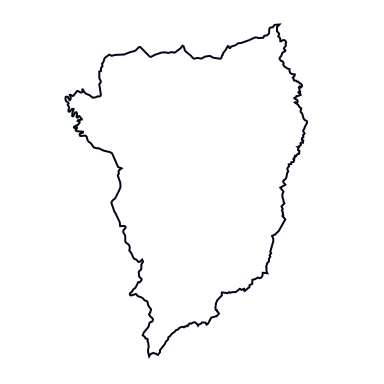 EA Hleo, Đắk Lắk, Vietnam, rotated 86°
{"feature_id": "81297802B9030212335391", "entity_name": "EA Hleo", "entity_type": "district", "adm_level": 2, "iso_a3": "VNM", "parent_name": "Vietnam", "parent_adm1": "Đắk Lắk", "projection": "mercator", "projection_center": [108.186, 13.232], "detail": "fine", "context": "isolated", "style": "outline", "palette": "ink", "viewbox_px": 384, "rotation_deg": 86, "n_neighbors": 0, "source": "geoboundaries", "source_scale": "gbopen_adm2", "svg_char_len": 5861}
<svg xmlns="http://www.w3.org/2000/svg" viewBox="0 0 384 384"><g transform="rotate(86 192 192)"><path d="M257.2,118.1L246.6,114.3L244.4,114.2L241.4,115.2L240.3,112.2L236.9,108.2L225.8,100.8L223.2,102.8L222.5,102.6L222.1,103.4L221.0,102.6L219.9,103.0L219.0,102.7L216.6,103.6L215.3,102.7L212.6,103.7L209.7,100.6L208.3,101.3L205.6,101.5L202.9,102.2L200.1,101.9L198.1,100.7L193.8,103.6L191.3,98.3L189.1,99.9L187.6,100.3L186.6,99.6L185.7,97.9L183.9,96.8L179.6,95.7L178.3,94.6L175.8,95.3L174.4,94.8L173.1,93.4L171.2,93.6L171.0,91.1L169.3,90.9L169.1,88.6L167.5,87.9L166.4,88.5L166.2,87.7L164.7,87.6L164.6,87.0L163.1,86.7L163.5,85.7L162.2,84.9L161.5,83.7L161.6,82.9L160.7,82.2L160.0,82.6L159.1,82.1L158.4,82.1L157.5,83.3L155.6,82.9L155.2,82.4L154.5,83.3L154.4,82.5L153.6,81.9L153.4,81.0L152.5,80.0L151.3,80.4L150.6,80.1L150.2,78.8L150.6,78.0L148.3,77.4L147.8,78.7L145.9,78.5L145.1,77.1L142.8,77.2L142.2,76.2L141.3,75.6L139.3,76.7L138.2,76.8L136.7,75.5L135.5,75.2L131.3,72.6L130.2,72.3L129.2,72.6L127.9,74.6L126.4,75.6L121.5,76.6L120.0,77.8L118.9,78.1L116.0,77.2L115.0,78.7L112.2,80.2L109.9,83.2L109.6,82.7L110.1,81.0L109.3,80.2L107.6,80.6L105.9,83.2L105.4,83.4L104.5,81.5L103.6,81.1L103.8,80.2L102.7,76.8L101.3,77.2L100.9,78.4L100.0,78.9L99.7,78.7L99.9,77.4L99.6,77.1L98.2,77.6L96.5,77.6L95.3,78.2L94.1,77.3L94.3,76.8L95.2,76.3L95.2,75.9L94.3,75.0L92.8,74.9L91.5,76.0L90.7,77.4L89.4,78.3L89.0,79.9L88.2,80.4L87.9,82.4L86.9,82.8L86.1,82.7L85.0,83.5L83.3,81.6L81.8,81.3L81.6,83.3L80.3,85.6L78.2,86.3L76.2,86.1L75.4,88.5L74.7,89.0L73.2,91.2L71.2,92.1L70.1,91.6L68.3,92.2L67.1,94.4L65.2,95.4L64.4,95.3L62.5,93.5L59.4,92.1L57.9,89.2L57.2,89.0L55.6,90.3L54.9,90.2L52.6,88.2L50.6,88.3L49.2,87.6L47.8,88.2L46.9,89.3L47.0,91.2L47.9,92.7L47.7,93.4L45.2,93.3L43.9,93.8L42.9,95.1L40.6,94.0L39.1,94.7L37.7,96.0L33.5,95.7L32.9,95.4L32.6,94.6L31.0,93.1L31.0,97.5L31.3,98.3L33.3,99.9L33.5,102.5L34.6,103.5L39.2,104.1L41.0,106.3L41.3,109.0L43.1,110.2L43.1,115.0L42.4,116.4L42.2,118.3L44.6,124.7L46.8,132.6L46.8,135.6L48.6,138.4L49.7,142.7L51.1,144.0L50.8,144.7L49.2,145.3L49.0,146.2L52.3,148.3L56.2,151.6L57.5,151.8L57.8,152.4L60.5,153.5L61.0,154.8L59.5,161.5L57.7,164.2L57.5,165.6L57.9,169.8L59.6,173.2L58.6,177.2L59.2,180.5L58.5,181.7L55.9,183.7L51.2,188.6L50.5,189.1L46.2,190.2L45.4,191.0L45.6,191.5L47.8,193.3L51.6,199.2L51.8,200.1L51.2,201.2L51.1,202.7L51.6,206.1L50.8,209.0L50.8,212.6L52.5,219.3L54.4,223.6L54.0,224.7L43.8,233.5L43.7,234.7L46.9,238.4L47.5,240.1L48.2,244.1L50.1,250.1L49.9,258.5L50.5,262.8L49.3,264.7L49.6,265.7L52.3,269.8L56.3,271.4L57.8,272.8L60.2,272.5L62.0,274.1L65.1,274.5L65.3,276.1L72.2,276.5L74.6,275.4L76.0,275.3L78.0,277.0L88.6,276.1L89.6,276.5L90.2,277.4L90.0,279.3L90.8,281.4L91.0,284.5L88.3,287.4L86.5,291.0L85.0,292.3L81.3,294.3L84.5,294.3L85.0,295.1L84.9,296.4L83.5,298.4L83.2,299.5L87.8,303.7L87.9,304.4L86.5,306.5L86.6,307.1L89.6,306.4L90.8,306.6L91.9,307.4L91.4,308.1L88.3,309.3L88.1,310.6L88.4,311.4L90.2,311.7L92.3,311.5L94.1,309.4L95.0,308.9L96.3,309.9L99.0,308.6L102.0,309.6L103.1,309.5L103.3,309.0L103.2,308.2L100.8,306.0L100.8,304.4L101.4,304.3L104.2,305.7L107.9,306.2L108.2,305.7L108.0,305.1L104.8,303.3L104.4,302.7L104.5,301.7L105.8,301.2L108.3,301.9L109.4,301.8L109.8,300.7L108.4,300.1L108.4,299.2L109.0,298.5L110.8,297.6L111.7,296.7L112.0,296.9L112.6,300.9L113.3,301.1L113.9,299.3L114.9,299.2L117.2,301.3L117.7,303.2L118.8,305.2L119.4,305.3L119.9,304.8L119.7,302.3L120.6,302.4L121.6,303.6L122.5,303.7L123.3,302.7L124.3,296.5L125.2,296.7L126.1,299.8L126.8,300.2L128.1,299.8L128.4,298.8L128.3,294.5L128.7,293.9L129.6,293.2L133.3,292.5L134.8,291.5L136.1,289.7L140.7,286.8L141.8,283.7L141.7,282.4L144.7,276.9L146.5,271.0L147.9,269.0L161.9,264.0L163.5,260.6L165.4,263.4L166.2,263.8L168.6,263.7L169.9,264.7L170.6,264.8L177.9,262.9L182.0,263.0L184.9,264.3L193.0,269.1L195.1,272.1L197.2,273.2L206.4,270.7L207.1,270.1L217.1,266.2L221.1,266.0L221.1,262.0L221.8,261.0L222.5,260.6L223.0,260.7L225.5,263.1L226.7,263.4L227.9,263.2L230.7,261.7L236.6,262.0L237.9,261.4L240.1,258.8L240.8,258.4L243.0,257.9L246.1,258.6L248.7,256.8L252.9,255.3L254.6,254.3L255.6,252.2L258.1,250.3L257.7,248.5L256.0,246.5L257.5,245.8L258.2,245.7L260.8,247.6L265.0,247.9L266.0,248.5L267.6,250.5L268.7,250.7L272.0,250.7L273.3,250.2L275.3,248.3L276.2,248.4L278.5,250.5L278.1,251.9L283.5,255.0L285.1,257.4L287.2,258.8L288.9,261.0L289.6,261.2L290.5,260.9L291.0,260.0L289.8,255.0L292.1,253.3L293.6,249.8L294.6,248.5L296.7,246.9L297.7,244.7L298.7,244.0L301.2,243.8L303.8,242.7L306.2,241.0L309.3,242.1L311.1,243.4L312.7,242.7L315.6,240.0L316.8,239.9L317.9,240.3L318.4,240.8L319.2,243.1L319.7,243.6L323.5,244.8L328.6,249.7L331.4,251.2L333.4,249.1L334.9,248.6L335.2,247.0L336.0,246.4L337.9,246.8L339.3,246.2L343.3,246.0L346.6,246.9L349.0,246.9L353.0,246.2L350.7,244.5L349.9,241.9L351.0,238.9L352.0,237.9L352.0,237.2L349.6,235.1L347.6,235.0L341.8,229.7L339.6,228.6L337.6,226.3L335.1,225.6L334.3,224.0L332.3,222.3L329.9,218.7L328.6,217.5L328.3,215.7L326.6,214.0L325.8,211.0L326.4,209.5L325.7,208.9L325.9,207.8L325.0,206.7L325.4,206.2L325.3,205.4L324.5,205.3L324.2,204.6L323.1,203.8L322.9,203.0L323.3,201.8L322.6,200.8L322.0,198.7L323.2,196.8L325.8,195.3L324.7,194.6L324.2,192.6L322.8,191.0L323.3,187.6L325.3,186.7L324.3,185.1L318.6,181.5L317.7,176.3L317.2,176.2L316.8,175.0L315.1,173.6L313.7,174.3L312.9,175.3L311.6,175.4L311.4,176.4L310.8,176.6L309.0,176.7L304.6,175.8L301.5,174.1L297.2,169.4L294.8,169.4L294.2,169.0L295.4,163.6L294.5,162.1L295.2,161.1L294.7,159.2L294.9,155.5L291.9,151.0L293.1,149.4L292.2,146.8L292.9,146.5L294.0,146.8L294.4,146.2L291.9,143.0L291.1,141.4L289.0,141.1L287.8,138.3L283.8,137.9L283.2,134.7L281.9,132.5L282.7,130.8L282.3,129.0L280.3,127.5L277.5,127.1L278.3,122.5L276.4,123.2L274.3,123.2L273.5,122.8L272.1,123.3L268.2,121.9L266.6,120.1L264.1,119.9L262.0,118.4L260.6,119.0L258.5,117.3L257.2,118.1Z" fill="none" stroke="#020617" stroke-width="2"/></g></svg>